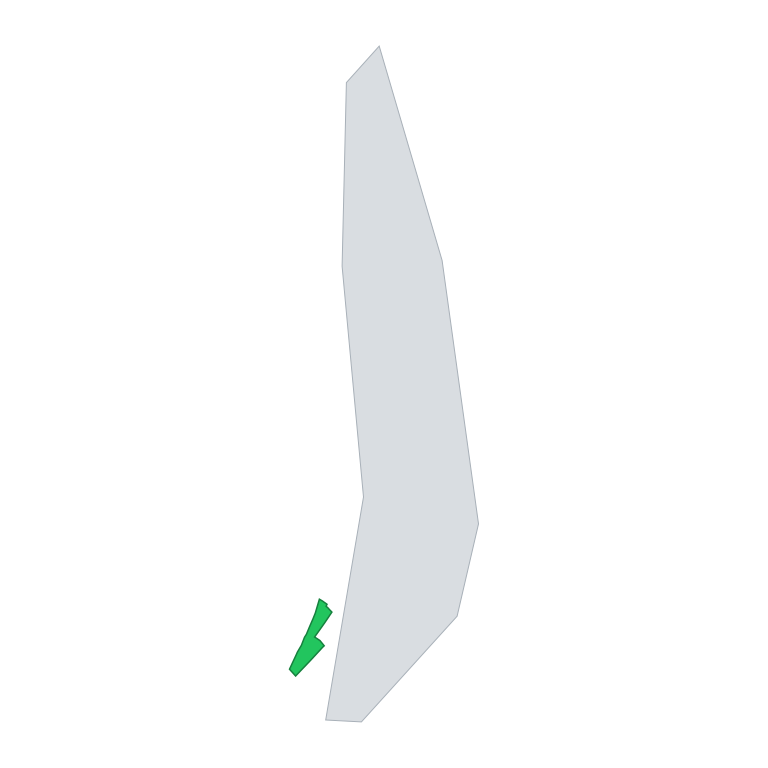 location of Vaiaku, Tuvalu
{"feature_id": "33948139B90753952930446", "entity_name": "Vaiaku", "entity_type": "district", "adm_level": 2, "iso_a3": "TUV", "parent_name": "Tuvalu", "parent_adm1": "", "projection": "equal_earth", "projection_center": [179.194, -8.526], "detail": "fine", "context": "in_parent", "style": "filled", "palette": "green", "viewbox_px": 768, "rotation_deg": 0, "n_neighbors": 0, "source": "geoboundaries", "source_scale": "gbopen_adm2", "svg_char_len": 648}
<svg xmlns="http://www.w3.org/2000/svg" viewBox="0 0 768 768"><path d="M457.1,616.2L361.4,721.9L325.7,720.0L363.5,497.0L342.1,266.2L346.4,82.6L379.2,46.1L442.1,260.5L478.5,523.9L457.1,616.2Z" fill="#d9dde1" stroke="#a8b0b8" stroke-width="1"/><path d="M319.4,599.2L317.0,607.3L315.3,613.1L313.0,618.8L309.6,626.6L306.4,634.3L304.5,637.3L301.4,645.3L299.5,648.5L297.3,652.3L296.5,654.2L289.5,669.2L290.8,670.7L295.6,676.0L310.7,660.2L322.6,647.3L324.2,645.8L320.0,640.6L314.6,637.0L322.5,625.9L324.9,622.5L331.9,612.1L329.4,609.5L327.7,607.6L326.1,606.3L327.0,604.3L322.6,601.1L319.4,599.2Z" fill="#22c55e" stroke="#15803d" stroke-width="1.5"/></svg>